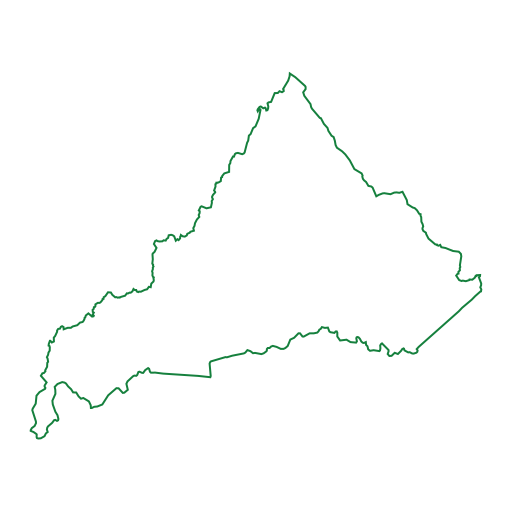 Dedza, Dedza, Malawi (Natural Earth projection)
{"feature_id": "42251766B66225457753973", "entity_name": "Dedza", "entity_type": "district", "adm_level": 2, "iso_a3": "MWI", "parent_name": "Malawi", "parent_adm1": "Dedza", "projection": "natural_earth1", "projection_center": [34.006, -14.237], "detail": "fine", "context": "isolated", "style": "outline", "palette": "green", "viewbox_px": 512, "rotation_deg": 0, "n_neighbors": 0, "source": "geoboundaries", "source_scale": "gbopen_adm2", "svg_char_len": 5995}
<svg xmlns="http://www.w3.org/2000/svg" viewBox="0 0 512 512"><path d="M402.5,191.8L399.3,192.8L396.5,192.4L394.2,192.6L390.5,194.2L384.3,193.2L382.6,193.4L378.7,194.9L376.3,196.3L372.6,187.6L371.3,186.5L368.4,185.9L366.1,182.0L364.0,180.3L362.9,178.8L362.3,176.6L362.6,175.6L361.6,173.4L354.4,169.1L349.8,160.4L345.3,154.4L342.1,151.3L336.9,147.7L335.6,145.0L334.8,140.6L333.6,137.0L331.6,135.8L328.4,130.9L327.5,127.9L323.9,123.9L320.9,118.2L319.8,117.9L311.9,108.6L311.1,107.0L310.5,104.1L304.3,95.8L303.2,92.3L305.6,89.1L305.6,86.9L305.1,86.0L295.3,77.2L289.8,73.5L289.6,76.3L288.2,80.6L283.1,89.0L283.6,89.7L283.7,91.1L282.0,92.2L279.5,91.2L277.8,93.0L274.7,93.1L271.1,101.9L268.5,102.4L267.5,103.3L268.3,106.4L268.1,108.5L267.4,110.2L266.3,110.5L265.6,108.1L265.0,107.6L263.3,108.3L260.8,106.5L259.6,106.9L257.8,109.2L257.4,110.3L257.8,111.3L258.9,109.4L260.2,109.3L260.5,109.9L258.7,118.8L255.5,126.4L253.1,128.1L250.6,134.1L248.9,135.6L248.2,140.6L247.1,142.8L244.6,152.5L243.8,153.5L242.2,154.2L237.9,152.9L235.9,153.3L234.9,154.1L234.0,156.6L233.0,156.5L230.5,161.0L230.3,163.1L229.2,164.9L229.1,171.9L224.3,173.4L222.2,176.0L222.1,177.1L221.1,177.6L220.8,181.1L218.5,182.5L216.4,182.7L216.5,183.4L215.4,184.2L215.5,186.6L214.1,190.5L215.1,191.8L215.2,192.4L213.1,194.7L212.1,196.6L212.1,197.6L212.9,199.1L211.7,201.1L211.9,202.8L210.9,207.3L206.5,208.3L201.6,206.3L200.6,206.8L198.8,210.5L199.7,211.2L199.6,213.1L198.7,215.0L199.3,216.9L196.9,219.5L195.0,223.2L194.5,225.9L193.3,228.1L193.9,230.7L190.3,231.8L189.8,232.7L187.3,233.8L186.8,235.4L184.8,236.6L182.7,236.3L180.9,235.0L180.6,236.3L180.2,236.7L180.1,238.4L178.6,240.1L177.4,239.2L175.8,240.7L174.2,236.3L172.6,235.2L171.1,234.8L168.7,235.3L168.1,237.9L166.6,238.9L165.7,240.6L163.6,240.3L162.4,241.3L159.5,241.5L157.4,241.1L156.5,240.4L155.1,241.1L153.9,244.0L156.5,247.9L154.6,251.8L152.7,253.6L152.5,254.6L152.8,259.3L152.3,263.7L153.1,264.6L153.0,265.6L153.5,266.5L152.8,267.6L152.9,269.0L152.1,271.3L152.6,272.9L152.4,275.3L153.0,276.9L153.8,277.4L153.5,278.4L153.8,280.1L153.5,281.5L151.3,283.6L150.7,287.2L148.9,286.8L147.1,289.3L144.7,289.9L140.9,291.7L139.0,291.6L138.3,292.1L136.8,291.5L136.2,290.0L134.7,290.0L133.5,289.0L132.4,291.4L130.7,292.7L129.6,292.6L127.9,293.5L126.9,293.3L125.1,295.7L120.9,296.9L119.8,297.6L119.3,297.3L117.8,297.7L116.4,297.1L115.2,297.3L112.3,294.8L110.9,292.5L108.0,292.3L105.3,296.2L103.7,297.2L103.5,298.9L102.6,299.0L102.3,300.2L100.6,302.2L99.6,302.9L97.7,302.9L95.4,304.4L95.4,306.2L94.8,307.0L93.9,307.2L93.7,308.9L92.6,309.9L92.8,312.0L93.8,312.6L92.7,314.6L93.8,315.7L93.5,316.3L92.1,316.6L88.4,313.4L85.8,315.5L85.3,317.3L84.6,317.8L84.5,318.9L83.7,320.6L82.6,322.0L80.0,322.6L77.3,325.2L72.6,326.5L70.9,327.8L67.7,327.8L63.7,329.3L63.5,327.0L62.1,326.2L60.9,326.8L59.9,328.7L58.2,328.9L57.1,330.5L57.1,331.8L55.1,336.1L53.8,337.6L53.9,341.5L51.8,342.5L50.4,340.8L49.9,340.8L48.8,343.9L48.6,345.6L49.4,345.9L49.8,347.2L49.7,350.7L48.5,352.5L48.1,354.8L46.9,357.2L47.6,358.6L48.1,361.8L47.3,362.8L47.1,366.8L45.2,370.3L45.4,371.3L43.9,373.0L42.4,373.3L40.9,375.8L46.6,382.4L44.6,385.5L44.6,386.6L45.4,387.9L45.1,388.8L39.5,392.1L36.5,395.7L35.7,403.7L32.7,408.7L32.3,410.2L35.9,421.4L36.0,423.1L34.6,426.0L31.8,428.1L30.7,430.2L30.7,430.9L33.5,432.0L36.5,434.1L36.7,434.5L36.6,437.1L37.0,438.1L38.3,438.5L40.8,438.3L44.5,436.2L45.9,433.4L47.7,432.0L46.9,429.6L47.2,427.8L47.9,426.5L52.2,422.8L54.1,420.2L55.3,419.9L57.0,420.9L58.1,420.3L58.4,419.0L57.5,415.2L55.4,411.8L52.8,404.5L52.4,400.7L55.4,393.9L55.3,389.9L54.7,386.9L57.5,384.0L62.2,382.1L64.6,382.6L66.0,383.5L68.1,386.4L71.1,389.2L73.1,392.4L76.2,392.5L78.6,396.4L81.0,398.7L83.3,398.0L88.9,401.4L90.7,405.2L90.9,408.0L91.8,408.0L94.2,406.8L97.3,406.5L102.3,404.5L108.2,395.3L116.4,388.2L118.6,388.3L122.8,392.9L124.3,392.7L127.8,389.8L126.4,383.8L127.5,381.4L133.1,376.2L134.3,375.6L136.3,375.8L137.2,375.0L138.4,372.0L139.4,371.7L142.2,372.9L143.2,372.9L145.2,370.1L148.1,368.1L149.1,368.8L150.0,371.8L151.0,372.7L155.2,372.6L163.1,373.6L198.1,375.9L210.3,377.2L210.7,376.0L209.6,363.6L210.1,362.2L210.9,361.4L225.5,357.1L226.9,357.3L232.2,355.7L243.9,353.4L245.3,352.6L247.4,350.1L250.5,351.2L253.0,353.2L255.0,352.9L261.4,354.1L263.7,353.3L266.4,351.3L266.8,350.7L266.9,349.0L267.8,348.0L269.6,348.0L271.0,346.6L272.8,345.9L276.6,346.9L280.8,348.9L283.5,348.9L285.4,348.0L287.7,346.0L290.3,339.6L294.1,337.8L298.5,333.3L300.0,333.3L302.5,336.5L303.7,336.6L309.7,333.3L313.9,333.3L317.3,332.6L318.6,331.2L319.3,329.7L320.7,328.9L321.9,327.1L324.9,327.9L327.9,327.6L329.3,331.4L330.4,332.2L334.4,332.9L335.6,331.5L336.7,331.4L337.3,332.6L337.3,336.5L340.1,340.5L346.5,339.7L350.5,342.1L356.1,342.6L356.9,341.3L356.3,338.5L356.5,337.5L357.2,337.0L358.5,337.3L359.9,338.8L361.3,341.5L362.7,342.7L363.9,343.0L365.8,342.1L366.1,344.9L367.5,346.3L368.2,349.3L370.0,350.8L373.6,350.2L379.4,351.1L380.0,350.4L380.4,348.3L380.2,345.4L381.2,343.9L382.0,343.4L388.5,350.0L388.6,351.2L387.7,354.0L389.4,356.0L391.6,355.8L394.7,352.8L397.9,354.0L401.2,350.7L402.1,349.2L403.5,348.4L404.0,348.7L404.5,350.4L408.2,352.4L409.7,352.2L412.2,353.5L413.7,353.6L416.4,352.7L417.3,351.8L417.6,350.4L416.7,349.1L418.7,346.9L458.8,311.3L462.1,307.8L471.7,299.7L475.2,296.1L480.3,291.6L481.0,291.4L481.3,289.4L480.3,287.3L481.1,285.3L481.2,283.5L478.9,277.3L480.0,276.2L480.1,275.0L477.1,275.2L476.7,275.8L476.3,275.4L475.6,275.9L474.8,277.7L472.3,279.7L469.5,279.5L469.3,280.1L465.8,281.2L462.8,280.6L461.6,281.0L459.2,280.1L456.2,275.6L457.5,273.9L458.5,273.6L458.4,271.9L459.9,270.3L459.7,268.2L460.3,267.0L459.9,265.3L461.3,256.3L460.9,253.9L458.8,251.7L453.0,251.0L445.5,248.0L441.3,247.2L440.2,244.9L438.6,245.7L437.1,245.2L437.0,244.6L435.3,244.4L428.5,238.6L426.2,234.1L425.9,232.7L423.3,230.9L422.5,229.1L422.5,228.1L423.2,226.4L422.6,224.1L421.4,221.7L421.2,217.1L420.5,215.6L420.6,214.2L419.2,213.8L417.0,210.3L414.7,208.1L412.7,207.5L407.5,204.2L406.8,200.1L402.5,191.8Z" fill="none" stroke="#15803d" stroke-width="2"/></svg>